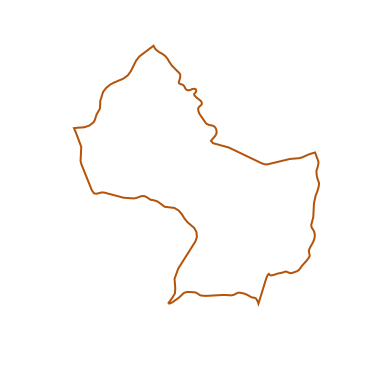 the Department of Canindeyú, rotated 216°
{"feature_id": "PRY-619", "entity_name": "Canindeyú", "entity_type": "Department", "adm_level": 1, "iso_a3": "PRY", "parent_name": "Paraguay", "parent_adm1": "", "projection": "natural_earth1", "projection_center": [-55.27, -24.157], "detail": "fine", "context": "isolated", "style": "outline", "palette": "amber", "viewbox_px": 384, "rotation_deg": 216, "n_neighbors": 0, "source": "natural_earth", "source_scale": "10m", "svg_char_len": 2661}
<svg xmlns="http://www.w3.org/2000/svg" viewBox="0 0 384 384"><g transform="rotate(216 192 192)"><path d="M145.7,87.7L145.8,88.3L145.7,94.3L146.2,99.9L148.9,104.2L155.1,111.5L158.1,121.9L160.2,154.0L161.5,158.3L164.7,162.1L169.0,164.2L177.7,164.9L182.1,166.0L187.1,168.0L192.1,169.2L197.0,168.7L201.8,166.0L205.4,164.0L214.2,164.1L218.5,162.7L220.8,161.4L225.5,161.2L227.9,160.8L230.3,159.2L233.3,154.8L235.1,152.7L244.1,147.1L262.3,140.1L264.7,138.7L268.2,134.5L270.3,133.3L274.0,134.5L297.6,149.3L300.4,151.6L308.1,163.4L321.1,172.0L325.0,174.3L322.2,176.9L317.3,180.9L314.0,185.6L312.6,190.7L313.0,193.4L314.8,198.7L315.4,204.9L316.5,207.0L319.8,211.8L321.0,215.6L322.8,220.8L322.6,225.6L321.3,230.8L319.6,234.4L314.2,243.3L312.5,248.6L312.5,253.7L314.4,265.2L314.3,270.6L309.1,287.7L305.9,286.2L304.0,285.9L300.4,285.9L297.1,286.3L293.7,286.3L290.4,285.5L286.5,283.8L282.5,282.4L271.9,280.7L270.6,280.1L269.6,278.9L268.8,277.5L267.3,273.3L266.8,272.6L266.1,272.3L264.9,272.5L262.9,273.2L262.0,273.3L260.8,273.1L259.8,272.7L258.2,271.8L257.0,271.5L255.3,271.7L254.3,272.5L253.6,273.2L252.7,274.8L252.1,275.6L251.4,276.4L250.7,276.9L250.0,277.2L249.1,277.3L248.4,276.8L247.7,275.7L247.7,274.2L247.8,273.2L247.8,272.5L247.3,271.9L246.1,271.4L244.2,271.1L239.1,270.9L237.9,270.7L236.9,270.2L235.9,269.2L235.7,268.3L235.7,267.5L236.0,266.6L236.2,265.6L236.3,264.5L236.0,263.0L234.4,261.2L231.7,259.5L221.1,255.8L219.9,255.8L217.8,256.2L214.6,257.7L212.9,258.1L211.0,257.8L209.0,256.8L207.0,254.6L206.4,252.6L206.2,250.8L206.8,244.6L203.8,243.8L188.4,249.6L152.0,256.3L149.2,257.3L147.4,258.5L132.1,276.4L125.2,282.3L123.3,284.7L119.4,291.4L115.7,296.3L108.3,291.4L106.9,290.1L106.0,288.4L105.0,286.0L103.7,282.1L101.1,279.0L98.7,276.8L94.6,274.0L93.1,271.7L91.6,268.1L89.6,261.1L86.6,254.4L79.2,243.1L76.3,235.8L75.7,234.8L74.8,234.0L73.8,233.4L71.2,232.4L69.9,231.7L68.8,230.9L67.6,229.6L66.6,228.3L65.8,226.7L65.1,224.7L64.5,222.1L63.9,216.7L63.5,214.8L63.0,213.3L62.2,212.3L59.2,209.5L58.9,207.4L58.9,204.2L59.7,196.4L59.6,192.7L60.2,190.1L60.7,189.3L63.4,185.3L63.9,184.8L64.6,184.3L65.3,183.9L68.7,183.1L69.4,182.7L69.9,182.2L71.7,179.6L74.9,176.2L76.6,173.6L78.7,171.3L79.3,170.9L79.9,170.7L80.5,170.6L80.9,170.7L81.7,170.9L82.0,169.7L81.2,165.9L72.6,140.7L74.3,141.9L76.4,143.0L77.2,143.3L78.1,143.4L78.9,143.3L79.6,143.0L80.8,142.3L81.9,141.8L86.8,141.3L90.3,140.4L93.9,138.8L95.2,137.9L96.0,136.8L98.0,133.0L99.4,131.5L105.3,127.8L119.7,116.1L122.7,114.2L124.8,113.2L128.7,113.1L129.9,112.8L131.1,112.3L136.8,108.6L138.4,106.9L139.3,105.2L140.5,98.8L143.0,91.3L144.3,88.9L145.7,87.8L145.7,87.7Z" fill="none" stroke="#b45309" stroke-width="2"/></g></svg>